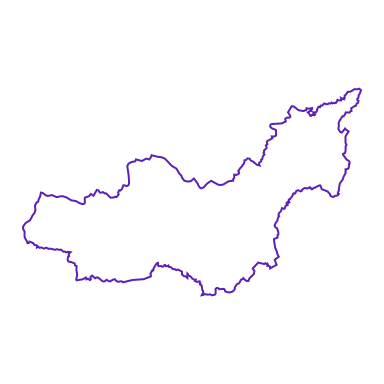 the district of Chu Pah, Gia Lai, Vietnam
{"feature_id": "81297802B21786246689715", "entity_name": "Chu Pah", "entity_type": "district", "adm_level": 2, "iso_a3": "VNM", "parent_name": "Vietnam", "parent_adm1": "Gia Lai", "projection": "mercator", "projection_center": [108.007, 14.222], "detail": "fine", "context": "isolated", "style": "outline", "palette": "violet", "viewbox_px": 384, "rotation_deg": 0, "n_neighbors": 0, "source": "geoboundaries", "source_scale": "gbopen_adm2", "svg_char_len": 6018}
<svg xmlns="http://www.w3.org/2000/svg" viewBox="0 0 384 384"><path d="M361.0,90.2L359.3,88.7L357.0,89.3L354.4,89.2L350.2,91.8L347.7,91.8L345.7,94.9L344.6,95.6L344.7,97.9L343.6,98.2L344.0,99.2L342.2,98.9L341.0,98.1L341.3,99.5L341.1,100.4L339.2,100.4L337.5,99.8L336.9,101.5L335.8,103.0L335.3,102.7L334.6,103.2L333.6,102.9L332.3,103.4L331.4,102.6L330.5,103.5L328.6,103.4L327.9,104.2L325.9,104.1L324.3,103.4L322.1,105.6L320.6,105.6L320.0,107.2L318.5,106.8L317.1,109.4L317.1,110.6L316.0,112.3L313.6,112.3L313.2,113.2L313.4,113.8L314.7,114.1L315.1,114.6L314.4,115.2L311.8,115.0L311.1,115.9L310.3,115.8L308.9,113.3L307.9,112.4L310.3,110.7L311.5,111.0L311.1,109.8L312.2,108.8L312.1,108.1L308.6,108.7L306.6,108.2L306.1,110.3L304.7,110.4L303.6,111.1L298.5,110.2L293.8,106.5L291.7,106.2L288.0,112.3L290.1,115.6L290.3,116.9L289.4,117.7L287.6,117.5L285.7,118.3L285.2,119.1L285.8,120.9L285.5,121.8L284.5,121.9L282.0,123.4L272.2,124.0L271.2,124.2L270.4,125.0L270.1,126.2L270.5,127.1L272.2,128.5L274.6,129.3L276.0,130.2L276.1,135.5L274.1,136.6L271.8,136.4L272.2,138.4L267.3,141.0L266.9,142.4L267.4,144.1L265.8,145.4L266.5,146.7L266.6,148.0L263.9,150.6L264.2,152.0L263.5,153.0L264.5,154.5L262.9,156.1L262.2,159.2L261.1,159.8L261.2,161.3L259.2,162.8L259.0,164.2L259.6,165.5L256.7,164.7L252.9,161.4L251.1,160.9L249.6,158.7L247.5,158.4L245.9,160.1L244.5,160.3L244.3,162.6L243.7,164.0L242.4,165.1L242.3,166.0L240.2,168.2L238.3,171.0L239.1,172.3L238.7,173.8L236.2,175.0L234.2,174.6L234.2,178.1L233.2,179.0L233.1,180.7L228.5,181.3L223.7,184.3L221.2,185.0L218.4,184.8L211.2,180.8L206.9,183.7L204.0,187.1L201.6,188.3L200.4,188.1L198.8,186.2L197.6,183.5L193.9,178.5L190.6,181.3L187.2,181.5L184.3,180.7L182.0,177.6L181.4,175.7L179.2,173.4L176.5,168.7L171.7,165.8L165.0,158.7L161.4,157.2L157.7,156.8L151.6,155.2L151.1,156.9L149.3,159.5L146.2,158.6L141.9,161.0L136.0,159.4L135.2,161.3L131.2,162.1L128.3,163.9L127.3,166.3L128.6,175.0L129.1,182.2L128.8,184.4L128.3,185.3L126.8,186.1L123.9,185.2L123.2,185.4L122.0,189.0L120.2,190.6L119.4,190.2L119.0,190.5L118.1,192.4L118.7,194.4L116.5,197.1L115.1,196.7L114.2,197.4L110.5,197.7L106.0,193.3L105.0,193.5L103.0,192.1L101.7,192.6L100.2,192.6L99.6,192.3L98.5,190.4L96.9,189.9L93.5,195.7L90.8,194.0L89.0,196.2L84.8,197.7L84.8,203.0L83.9,203.9L82.6,204.1L79.7,203.2L75.7,201.0L71.5,200.4L66.2,197.3L62.9,196.3L61.3,196.2L56.7,197.1L52.0,195.1L47.6,196.0L45.5,195.1L42.6,192.9L40.9,192.6L40.1,196.6L38.8,199.0L38.1,201.8L37.0,202.1L35.1,205.1L35.0,206.9L35.5,210.0L34.4,213.1L32.6,215.3L30.2,220.1L25.6,223.1L23.0,226.6L23.2,229.0L24.6,231.7L24.5,235.8L24.9,237.9L27.0,241.4L27.5,243.2L28.7,243.1L29.4,241.6L31.9,242.5L32.5,243.1L33.3,243.1L34.5,245.0L36.9,245.4L36.9,247.5L38.3,246.7L39.5,247.8L41.2,247.4L43.8,248.6L46.2,247.7L48.9,248.9L50.3,248.6L55.1,249.8L56.8,249.2L59.7,249.9L61.0,249.6L63.6,251.8L65.0,251.6L66.4,252.4L68.0,251.8L70.5,252.2L68.9,253.7L68.6,254.9L69.2,256.0L68.0,257.0L67.6,260.0L68.5,261.6L71.1,262.0L74.7,263.5L75.0,265.4L76.6,266.0L76.4,270.1L77.2,274.6L76.2,279.7L76.7,280.3L82.8,279.3L85.8,277.5L86.4,279.3L87.9,278.7L90.0,280.1L90.8,279.2L90.5,277.0L92.1,275.6L95.2,278.3L96.9,277.4L97.9,277.4L102.6,281.3L103.9,281.5L104.7,281.3L106.5,279.8L109.2,281.3L110.4,281.3L112.7,279.8L114.8,279.2L116.1,280.8L118.2,281.8L120.9,281.3L122.1,281.5L123.0,282.3L132.4,280.0L143.6,279.2L150.8,276.5L150.9,275.3L150.4,274.2L151.7,271.1L152.1,270.6L152.5,271.0L152.9,270.7L153.6,269.7L153.5,268.5L155.9,264.5L157.0,263.1L157.8,262.8L158.2,263.7L157.8,264.4L158.5,266.1L161.0,266.0L162.6,266.8L163.8,266.1L164.6,264.9L165.2,265.0L165.8,266.1L167.6,266.1L168.4,265.5L169.0,266.9L170.8,267.1L172.8,269.1L175.1,269.3L176.2,270.1L177.8,269.5L182.0,271.6L181.9,274.3L183.6,276.0L185.4,276.3L187.4,278.0L187.4,273.5L188.0,274.1L187.9,275.1L190.8,276.7L192.2,278.5L194.2,279.7L195.7,279.6L195.1,281.1L197.4,282.0L198.5,281.4L199.6,281.3L200.4,283.5L199.8,283.7L199.9,284.4L201.7,285.7L202.4,290.4L203.0,290.9L203.3,292.5L201.8,295.2L203.4,294.9L204.5,294.1L207.9,294.7L210.1,294.3L211.9,295.3L214.7,294.8L215.6,293.6L215.6,288.9L216.5,288.0L218.1,288.1L219.0,289.2L223.9,288.9L224.7,289.6L225.2,291.4L228.1,292.3L229.5,292.4L232.3,291.7L234.1,290.2L234.9,288.6L234.8,287.4L236.8,284.3L239.3,283.1L240.9,279.8L242.6,279.0L243.3,278.1L244.6,279.6L246.8,281.0L248.5,280.9L249.4,278.4L253.9,273.9L254.4,271.2L254.0,270.2L252.8,269.1L253.0,268.2L258.2,262.6L264.1,264.0L265.2,263.2L266.3,264.1L267.3,263.5L267.9,264.5L267.5,265.9L268.5,265.8L270.0,266.6L270.1,268.4L276.6,264.8L274.7,259.8L278.8,256.7L277.3,254.0L276.9,251.7L275.1,247.5L273.9,239.5L274.1,239.0L277.4,237.7L277.7,237.0L277.4,235.3L278.5,234.3L278.2,231.8L277.1,228.4L275.3,227.2L274.6,225.4L275.7,222.9L277.5,220.5L277.6,219.1L278.6,216.5L279.1,216.2L278.5,214.7L278.9,213.3L281.1,210.9L282.0,208.1L284.0,208.8L284.7,208.6L285.7,205.6L287.6,205.1L287.4,204.1L286.5,203.2L287.9,201.7L288.6,201.9L288.8,202.7L289.4,202.3L288.8,201.1L288.8,199.5L290.0,199.2L292.7,195.4L292.9,194.1L293.9,193.3L294.4,193.7L295.3,193.1L296.4,190.9L298.4,190.2L300.7,191.4L301.9,190.7L302.2,189.7L303.6,188.6L305.1,188.0L307.5,188.5L309.8,187.2L310.6,187.7L310.5,188.4L312.0,189.3L313.9,187.8L315.2,187.7L316.1,186.9L319.9,185.3L320.5,185.7L321.8,189.2L327.8,191.5L328.5,192.7L329.6,193.5L330.7,196.1L333.4,197.0L335.0,195.9L337.4,195.5L338.2,194.9L338.8,194.0L337.9,193.8L337.8,192.9L339.0,189.9L338.8,189.0L339.9,183.3L342.8,179.4L343.5,176.9L345.7,172.8L345.4,171.4L345.9,170.3L345.5,169.4L348.4,168.6L349.0,165.9L348.9,164.2L349.7,163.6L349.3,161.4L346.5,159.4L343.1,154.8L343.1,153.8L345.0,153.1L345.6,150.6L345.6,146.3L346.5,145.0L345.5,142.7L345.5,136.4L348.6,131.4L346.0,129.7L345.1,128.5L341.8,132.6L340.1,131.9L338.4,129.0L338.9,125.3L338.6,123.4L339.2,121.5L341.6,117.5L342.6,116.2L343.6,116.3L345.1,114.3L345.7,112.4L349.6,112.6L350.2,111.4L351.5,111.0L351.2,108.3L354.7,106.0L355.8,105.9L356.7,103.5L358.1,102.8L358.5,100.8L357.3,100.0L357.3,98.8L358.4,97.6L358.7,95.2L360.0,93.2L361.0,90.2Z" fill="none" stroke="#5b21b6" stroke-width="2"/></svg>